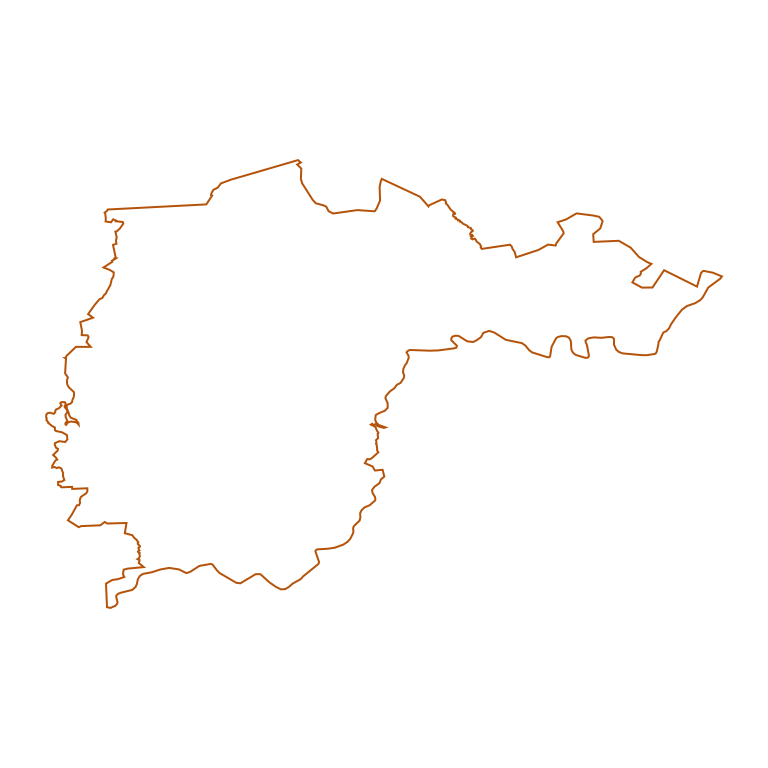 Raiskuma pag., Pargaujas, Latvia (Robinson projection)
{"feature_id": "27541924B87883803055955", "entity_name": "Raiskuma pag.", "entity_type": "district", "adm_level": 2, "iso_a3": "LVA", "parent_name": "Latvia", "parent_adm1": "Pargaujas", "projection": "robinson", "projection_center": [25.193, 57.347], "detail": "fine", "context": "isolated", "style": "outline", "palette": "amber", "viewbox_px": 768, "rotation_deg": 0, "n_neighbors": 0, "source": "geoboundaries", "source_scale": "gbopen_adm2", "svg_char_len": 6008}
<svg xmlns="http://www.w3.org/2000/svg" viewBox="0 0 768 768"><path d="M54.7,444.5L55.9,447.6L58.0,448.9L57.7,450.5L53.1,455.0L56.0,457.6L57.2,459.6L55.4,460.5L52.2,465.9L52.2,467.6L54.6,467.0L56.8,468.1L58.6,467.3L61.3,468.4L63.1,473.2L63.0,476.2L64.4,480.0L61.6,481.6L58.1,481.9L58.1,485.0L60.6,485.8L60.9,486.9L61.5,487.3L72.1,486.9L72.2,488.9L87.3,488.3L87.4,491.1L86.3,493.2L81.0,496.8L80.1,498.9L79.7,501.0L80.1,502.6L79.1,505.1L76.9,505.3L71.8,514.6L67.9,520.3L78.8,527.2L81.2,526.1L100.3,525.3L104.7,522.0L107.4,523.5L126.5,523.0L124.8,533.2L132.3,535.2L134.2,537.9L136.4,539.6L138.3,542.3L137.7,543.1L137.9,544.2L139.9,546.1L140.0,546.6L138.4,548.0L138.9,549.2L138.7,550.3L139.3,550.6L138.0,551.7L138.9,553.0L139.6,553.1L139.3,553.9L139.9,556.1L139.1,558.1L137.5,559.1L139.6,560.2L138.8,563.0L143.7,567.1L127.7,568.6L123.6,569.7L123.0,574.3L124.3,577.0L118.1,579.1L112.2,580.0L106.0,583.6L107.0,607.2L110.5,607.9L115.5,605.7L117.2,603.6L117.5,602.0L116.2,596.9L116.4,595.4L118.1,593.8L120.9,592.7L132.3,589.9L135.6,586.9L136.9,583.9L137.8,579.4L139.8,576.0L143.0,573.9L151.6,572.3L160.3,569.5L169.2,567.9L178.9,569.4L186.4,573.1L189.9,572.0L199.4,565.9L210.8,563.9L212.6,564.6L216.9,570.3L219.7,573.1L236.3,582.8L240.4,583.3L255.6,574.2L259.4,574.1L260.7,574.4L269.2,582.2L275.8,586.8L280.7,589.3L285.2,589.1L289.1,586.8L292.4,583.8L300.7,579.1L303.1,576.4L318.5,563.9L319.1,562.1L315.4,551.3L315.7,550.4L317.0,549.4L328.2,548.7L334.7,547.7L343.3,544.6L347.7,541.7L350.4,538.6L353.0,533.4L353.4,531.8L353.1,528.2L353.8,526.2L359.6,520.6L360.4,517.2L360.1,513.3L361.4,510.5L364.2,507.6L369.7,505.2L375.1,500.5L375.4,499.6L375.0,496.9L372.6,493.0L372.0,490.1L374.4,486.8L379.5,483.1L381.0,479.3L384.3,476.6L382.6,469.8L374.9,470.5L372.5,466.4L364.9,463.2L367.1,459.1L366.6,458.9L369.6,459.4L372.0,458.0L378.3,452.3L377.1,450.3L377.1,447.8L376.5,444.2L376.0,443.7L376.5,442.8L376.0,440.2L378.1,438.1L377.6,433.9L378.4,432.8L376.8,430.4L375.4,426.8L370.9,424.6L372.2,423.8L372.5,424.2L372.1,424.4L372.9,425.1L375.6,424.1L377.8,426.2L383.9,427.9L385.5,427.4L378.8,425.0L376.3,422.7L375.2,419.9L375.6,415.9L375.8,415.0L379.5,412.9L384.8,410.8L387.7,407.8L387.6,403.0L385.4,398.2L385.9,396.0L390.0,391.3L394.3,388.3L396.9,384.8L400.7,382.8L404.0,377.6L404.2,375.4L403.0,372.3L403.4,368.7L405.3,364.7L406.5,363.5L408.7,357.9L408.5,355.6L406.5,352.4L407.3,351.4L408.8,350.3L410.6,350.0L430.1,350.7L438.4,350.4L454.4,348.3L456.4,347.6L456.9,345.7L451.3,340.2L451.2,338.9L452.3,336.7L455.3,335.7L458.6,335.9L467.2,341.3L473.0,342.0L476.4,340.4L480.9,337.2L483.4,332.8L489.2,330.9L494.2,332.5L505.8,339.8L521.8,343.1L525.2,345.4L529.3,350.3L532.1,352.4L547.0,357.1L549.1,357.3L550.1,356.3L551.6,346.8L556.2,338.1L557.8,337.0L561.4,336.1L566.2,336.3L569.0,337.7L570.7,340.7L571.0,342.5L571.3,349.3L572.8,352.4L574.1,353.8L576.0,355.0L585.5,357.9L588.1,357.5L589.0,355.9L586.9,344.9L585.7,342.2L585.5,340.5L588.4,338.3L593.6,337.4L601.6,337.8L609.6,336.9L612.4,337.3L614.0,338.9L614.0,344.6L616.1,349.5L618.8,351.9L622.7,353.4L641.3,355.1L646.5,355.2L654.5,354.0L655.7,353.5L656.8,351.5L658.5,343.8L658.5,342.0L659.7,340.3L663.0,333.1L663.7,332.3L666.5,331.0L669.0,328.4L671.2,324.0L675.8,317.3L682.1,309.5L687.0,306.0L695.1,303.2L700.4,300.0L702.9,297.1L708.2,287.6L720.3,278.6L721.9,276.4L712.9,272.7L703.8,270.9L702.5,271.4L701.0,273.1L697.0,286.6L664.1,270.2L652.5,287.5L641.9,287.6L632.4,282.4L634.8,278.2L636.0,277.1L639.7,275.6L640.9,273.7L640.7,271.8L646.4,268.3L651.4,263.9L647.2,262.1L639.0,257.0L630.7,247.7L618.8,240.8L593.7,241.9L593.2,234.2L600.2,228.5L602.6,221.3L601.6,219.6L599.2,216.8L593.1,215.5L576.5,213.4L566.0,219.5L557.6,222.2L563.1,231.1L563.7,233.3L556.3,243.4L555.7,245.5L548.1,244.6L538.3,250.0L516.1,257.3L514.8,252.2L512.6,249.0L511.7,246.4L510.0,244.7L481.8,248.9L480.7,247.5L481.1,246.5L479.8,244.0L476.5,241.4L475.5,239.3L474.8,238.6L472.8,239.4L471.3,238.6L471.8,237.8L471.0,236.6L472.9,235.9L472.1,234.9L470.4,234.7L470.2,233.6L470.9,232.3L472.8,231.0L472.7,230.3L471.1,229.2L470.8,228.0L467.9,227.1L467.5,225.9L462.7,223.5L461.5,222.1L460.0,221.7L459.9,220.6L458.1,220.4L458.2,219.7L455.6,218.7L455.9,217.6L453.3,216.4L453.1,214.4L455.1,213.8L454.9,213.3L454.0,213.2L453.7,212.7L454.1,212.4L450.6,209.6L447.7,205.2L445.8,203.3L446.1,202.5L445.2,200.2L441.8,199.5L428.9,205.4L428.5,206.4L419.9,196.7L381.8,178.9L380.8,181.2L379.6,187.2L380.1,200.5L376.7,208.4L374.7,211.3L357.4,210.1L333.2,213.5L328.6,211.2L326.3,206.7L323.4,205.3L315.6,203.2L312.6,199.7L302.2,183.4L300.9,179.1L301.3,168.6L297.2,164.5L300.8,162.5L298.0,160.1L231.1,179.6L220.9,183.4L217.8,187.6L213.4,189.8L211.7,192.7L211.0,195.1L212.1,195.6L206.3,204.4L107.8,209.5L107.0,210.9L104.6,212.7L105.3,213.8L105.8,218.6L105.6,221.5L111.0,222.3L113.2,219.3L116.5,220.8L116.1,221.3L122.8,222.0L123.3,223.6L119.9,228.5L116.7,231.4L115.4,231.6L116.7,237.3L115.9,240.8L116.5,243.7L113.0,244.9L115.7,257.5L115.1,257.9L116.2,258.2L111.9,260.8L112.3,261.8L103.5,267.5L109.7,269.9L113.8,272.4L113.4,276.6L111.8,279.1L110.3,285.3L106.4,292.1L106.2,293.2L104.1,295.0L102.4,297.9L99.4,299.3L94.5,305.1L88.1,314.1L93.0,317.7L80.3,322.1L82.0,330.7L81.7,335.1L87.7,335.4L88.6,337.1L86.5,342.1L90.7,346.9L75.9,346.9L66.2,356.2L66.1,357.7L64.9,357.9L66.0,358.6L65.1,373.4L67.9,377.4L66.9,380.4L67.2,384.3L68.8,387.3L73.7,391.9L74.1,393.4L73.8,397.0L72.4,400.0L72.0,402.2L70.2,403.8L66.7,404.9L66.8,408.5L68.6,412.5L69.2,415.3L70.8,417.7L76.4,419.9L76.4,420.6L78.4,422.8L78.6,424.6L77.5,423.2L75.4,422.1L70.9,421.5L67.7,422.6L66.2,424.9L65.5,424.5L65.4,423.3L67.3,420.8L65.7,417.1L65.5,414.7L67.6,412.0L66.4,409.0L64.8,407.3L64.6,406.4L65.6,404.5L65.3,402.7L64.7,402.1L61.3,402.2L60.5,402.8L60.3,403.4L61.6,405.5L58.8,408.3L56.1,409.5L55.4,410.4L55.2,412.3L53.7,413.8L50.1,412.7L47.7,413.1L46.3,414.6L46.1,417.3L46.8,418.4L46.4,420.2L48.3,422.3L48.1,422.8L52.0,426.0L54.9,427.5L54.9,430.2L56.0,431.0L62.1,432.3L66.9,435.0L67.4,439.4L65.2,442.0L59.3,441.2L54.9,443.2L54.7,444.5Z" fill="none" stroke="#b45309" stroke-width="2"/></svg>